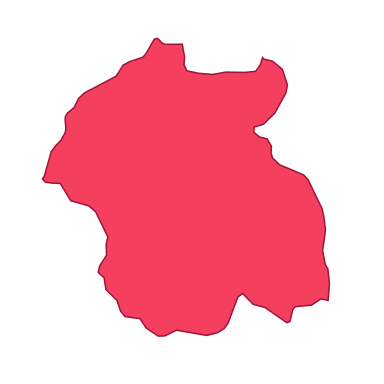 map outline of Angus (Mercator projection), rotated 188°
{"feature_id": "GBR-2019", "entity_name": "Angus", "entity_type": "Unitary District", "adm_level": 1, "iso_a3": "GBR", "parent_name": "United Kingdom", "parent_adm1": "", "projection": "mercator", "projection_center": [-2.915, 56.726], "detail": "fine", "context": "isolated", "style": "filled", "palette": "rose", "viewbox_px": 384, "rotation_deg": 188, "n_neighbors": 0, "source": "natural_earth", "source_scale": "10m", "svg_char_len": 1328}
<svg xmlns="http://www.w3.org/2000/svg" viewBox="0 0 384 384"><g transform="rotate(188 192 192)"><path d="M341.9,184.2L340.4,187.4L337.0,212.4L333.2,219.3L328.9,225.0L325.8,233.5L325.8,237.9L327.7,245.7L327.9,249.0L326.2,253.0L320.6,259.1L317.3,268.9L312.5,275.0L283.2,296.2L277.8,308.1L271.4,312.7L259.4,318.7L256.6,323.0L250.7,338.0L247.7,339.4L245.5,338.0L243.0,335.7L239.1,334.5L222.1,337.0L221.2,333.8L218.1,324.5L217.7,317.1L214.0,311.3L202.2,310.5L188.0,311.3L175.3,315.4L155.7,317.9L145.7,320.4L142.0,327.8L140.8,335.0L139.3,333.6L130.6,332.8L119.7,326.2L112.4,311.3L112.8,303.1L121.0,281.6L130.6,269.1L139.3,265.0L139.3,260.0L132.9,255.9L125.1,255.1L119.7,248.4L119.2,241.8L116.9,236.8L108.7,231.0L102.3,229.4L92.8,226.9L83.7,224.4L78.6,220.2L70.4,207.8L60.9,193.7L58.1,186.2L54.5,172.9L54.5,162.9L54.5,152.1L49.9,138.8L46.7,134.6L43.1,120.4L42.1,103.6L49.5,104.1L57.8,96.6L73.9,92.8L75.9,89.3L76.9,77.5L79.7,75.7L103.7,87.8L115.7,89.3L127.8,98.5L131.9,94.5L138.1,67.0L141.0,61.3L147.0,56.3L157.3,52.0L188.1,53.0L198.9,45.7L205.4,44.6L218.5,50.9L225.8,59.3L241.0,59.3L246.2,64.1L251.3,74.3L263.7,83.4L267.1,94.8L273.7,99.3L273.1,106.1L267.8,117.6L269.7,128.0L269.1,135.7L284.5,158.8L292.3,163.9L310.8,166.4L323.6,182.1L332.4,181.3L338.7,181.3L341.9,184.2Z" fill="#f43f5e" stroke="#9f1239" stroke-width="1.5"/></g></svg>